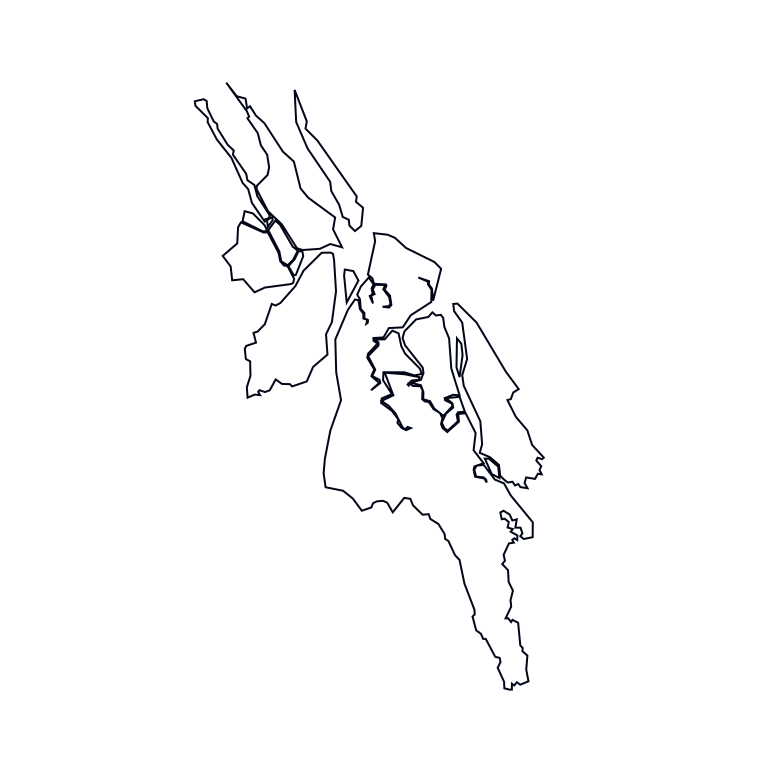 Sittwe, Rakhine, Myanmar, rotated 172°
{"feature_id": "60261553B78069071602625", "entity_name": "Sittwe", "entity_type": "district", "adm_level": 2, "iso_a3": "MMR", "parent_name": "Myanmar", "parent_adm1": "Rakhine", "projection": "robinson", "projection_center": [92.892, 20.402], "detail": "fine", "context": "isolated", "style": "outline", "palette": "ink", "viewbox_px": 768, "rotation_deg": 172, "n_neighbors": 0, "source": "geoboundaries", "source_scale": "gbopen_adm2", "svg_char_len": 6166}
<svg xmlns="http://www.w3.org/2000/svg" viewBox="0 0 768 768"><g transform="rotate(172 384 384)"><path d="M258.1,211.6L255.9,226.3L274.0,256.0L279.0,268.9L287.5,273.9L296.5,290.0L303.4,290.3L306.5,286.8L305.7,279.4L298.4,277.7L296.2,275.2L296.0,272.1L297.7,276.4L306.7,279.6L307.2,286.7L305.9,289.8L296.4,291.7L304.5,305.9L300.1,322.7L307.2,343.6L314.7,344.1L315.0,336.3L328.0,327.6L332.0,332.1L333.1,336.4L330.9,341.8L332.6,347.4L338.4,352.2L342.1,359.9L346.2,361.2L348.3,363.7L346.7,372.5L348.2,376.7L355.8,378.1L358.8,381.2L359.8,379.0L360.7,380.2L356.0,383.6L349.0,383.3L347.9,385.8L362.0,390.7L381.7,395.1L376.3,371.5L388.8,367.6L382.3,361.7L376.7,353.2L371.6,338.5L369.2,336.1L366.7,338.2L363.6,336.6L368.6,335.2L372.7,338.1L376.1,343.6L374.8,347.1L379.9,356.3L389.5,365.6L388.3,370.0L377.6,373.0L384.4,387.9L382.9,395.7L362.3,392.8L352.5,388.2L345.3,388.7L346.3,394.2L358.9,411.1L361.6,418.9L362.5,432.1L368.3,435.7L377.1,428.1L386.9,429.4L383.7,426.0L384.1,422.8L395.8,413.8L390.7,399.4L394.6,393.5L387.8,388.7L387.5,385.5L397.7,379.6L388.6,385.8L395.4,393.5L391.6,399.8L396.9,412.3L395.7,416.1L384.8,424.9L388.4,428.3L388.0,431.0L378.0,430.2L371.4,438.7L357.5,437.5L348.0,448.3L325.8,458.6L323.8,470.8L326.6,476.6L326.2,479.2L335.2,484.7L325.0,479.5L325.8,476.5L323.2,471.8L323.8,459.6L311.4,490.1L317.0,497.7L343.2,515.6L352.8,527.2L359.6,531.3L373.1,534.8L372.9,526.7L384.7,494.6L380.8,490.3L379.9,484.6L368.2,482.3L367.9,480.9L370.3,477.2L365.8,470.8L365.7,461.2L368.4,459.0L374.7,460.7L368.1,460.4L366.4,462.8L366.8,469.4L371.5,478.0L368.9,481.9L378.8,483.4L381.9,479.3L380.8,474.3L384.4,473.3L383.7,465.3L385.9,473.1L382.7,474.5L383.0,480.2L380.5,484.2L384.2,491.6L393.3,483.8L398.1,476.2L396.0,471.2L396.6,461.6L393.5,457.0L394.4,452.0L390.9,449.5L391.6,446.9L393.1,446.1L391.6,449.8L395.3,451.7L394.7,456.6L397.4,461.5L397.6,470.6L401.0,471.7L409.4,462.5L426.0,434.9L429.7,402.3L428.8,373.9L443.6,345.4L452.9,318.4L456.2,304.0L456.2,289.9L439.4,284.0L430.8,274.9L423.6,261.6L413.7,263.5L411.4,267.5L407.3,268.8L401.1,268.4L397.3,266.0L393.2,255.7L379.8,268.4L373.9,266.6L372.1,259.7L364.0,249.2L357.9,248.9L356.9,243.9L349.6,237.8L344.9,227.0L345.0,222.1L342.1,219.6L337.5,204.6L333.7,199.3L332.1,175.0L325.8,147.7L326.3,143.1L328.7,141.4L327.0,127.2L322.7,123.0L321.3,117.8L318.7,117.4L311.8,98.3L307.6,96.7L307.3,92.5L310.9,87.2L306.5,72.3L307.2,65.9L302.3,63.9L299.9,63.6L299.0,69.4L296.9,67.4L294.0,70.2L290.9,67.3L282.3,69.5L282.9,81.3L279.8,95.1L284.1,100.1L283.4,103.2L285.4,106.2L284.4,128.9L289.6,132.5L291.3,130.6L293.6,134.7L296.2,135.0L289.0,145.9L288.8,152.3L285.1,161.4L288.1,170.6L287.1,182.4L292.0,189.2L288.8,192.2L289.3,198.2L282.4,208.8L277.5,208.8L278.7,211.7L276.4,213.1L273.8,210.9L273.0,215.5L279.1,220.1L276.7,222.4L281.6,224.7L279.6,229.9L283.2,233.8L286.2,233.7L286.7,240.6L283.2,241.8L277.7,237.2L275.9,231.0L271.4,231.5L273.9,223.5L268.8,222.7L267.7,216.8L270.2,214.4L267.3,211.1L258.1,211.6ZM475.3,394.4L460.1,397.3L451.8,410.8L435.9,421.0L434.5,441.3L427.0,452.5L418.6,482.5L416.2,513.6L416.4,520.0L418.7,521.6L427.5,522.6L447.9,507.4L458.2,493.2L475.4,478.6L480.4,476.8L484.0,478.9L493.7,459.8L501.9,453.5L506.1,452.8L505.0,442.8L515.1,440.9L517.0,438.1L517.3,427.9L513.4,425.1L515.1,410.7L520.3,399.8L521.0,389.4L513.5,391.5L508.3,390.2L509.7,393.7L508.1,395.2L503.0,392.6L498.1,393.6L490.6,403.6L485.1,398.3L477.1,396.9L475.3,394.4ZM258.0,333.1L264.0,350.9L260.5,351.4L257.2,357.6L251.3,360.2L261.6,379.2L283.8,432.0L300.1,453.4L304.3,453.6L304.4,446.3L298.0,434.0L298.2,397.2L305.3,381.9L305.3,371.2L293.8,333.7L295.2,310.7L298.8,302.5L289.3,296.8L281.4,287.8L281.7,276.9L277.7,271.8L275.0,269.2L270.3,269.3L268.4,265.3L265.0,266.3L263.2,262.9L256.4,260.8L258.6,266.3L256.2,271.7L247.7,269.0L244.1,273.7L240.4,272.6L242.0,277.2L239.7,280.6L243.8,287.0L242.2,289.6L237.9,287.6L236.0,288.9L245.8,303.0L248.5,318.1L258.0,333.1ZM417.7,530.1L406.5,525.2L412.9,544.3L409.2,555.7L433.1,579.0L439.4,589.2L442.3,616.8L451.8,628.2L466.2,659.0L473.5,667.7L478.0,677.7L481.2,676.0L481.4,685.9L489.8,689.5L498.3,704.4L481.8,673.1L480.3,667.5L482.3,666.2L474.1,650.0L472.7,637.4L467.8,627.4L467.6,614.5L470.2,607.2L482.3,598.0L483.1,594.8L474.8,571.2L463.0,556.4L451.3,530.6L446.0,528.0L428.7,526.8L417.7,530.1ZM347.3,363.4L340.8,360.6L337.7,352.8L329.6,344.2L319.3,352.6L319.7,355.3L325.7,359.4L325.9,361.5L317.1,363.7L310.7,362.2L315.2,390.0L313.2,420.2L316.3,432.2L316.2,441.2L318.1,444.6L323.0,444.6L326.1,448.2L330.8,444.2L343.2,443.5L356.4,433.3L359.2,426.9L357.7,419.3L343.4,394.9L343.4,389.3L346.8,383.0L357.4,381.5L347.7,377.7L346.1,370.6L347.3,363.4ZM508.9,507.4L499.4,492.8L488.5,496.1L462.5,495.9L460.0,496.6L458.3,500.5L463.0,513.9L466.7,515.4L469.7,520.2L470.1,528.4L478.0,550.3L482.2,550.8L503.2,564.0L506.7,559.5L509.8,543.6L525.9,533.3L519.5,521.8L519.9,507.8L508.9,507.4ZM391.5,539.5L384.5,543.7L380.2,561.4L386.4,568.3L384.9,573.5L416.1,634.4L426.2,647.8L423.9,654.8L431.6,687.7L434.5,655.6L426.9,627.9L409.2,591.8L409.3,582.2L403.5,567.8L401.6,555.2L396.0,551.5L396.2,545.7L391.5,539.5ZM489.6,581.8L479.2,560.7L479.3,563.5L475.0,564.2L473.6,566.7L483.3,587.6L484.7,599.2L490.9,604.8L491.2,611.3L501.7,632.1L500.3,636.2L505.5,642.6L513.2,660.0L513.1,664.8L516.1,667.7L520.6,681.7L520.2,688.9L522.9,691.1L532.0,690.3L532.0,685.7L521.4,671.8L522.2,667.9L515.5,649.4L503.6,629.1L496.0,602.8L491.4,595.9L489.6,581.8ZM468.9,560.9L477.2,552.4L469.2,529.8L468.7,519.8L462.9,515.0L456.7,519.6L450.8,528.1L455.2,532.6L464.9,556.3L468.9,560.9ZM326.5,346.2L332.1,337.9L330.4,331.6L327.2,329.1L316.0,336.8L316.3,343.7L314.5,345.7L307.8,345.3L310.9,360.7L324.6,361.4L318.9,355.3L318.7,351.1L326.5,346.2ZM406.9,502.8L408.4,497.1L409.6,469.9L394.9,490.0L398.7,500.1L406.9,502.8ZM497.9,574.5L501.4,564.8L482.9,552.1L478.2,551.6L480.1,557.8L490.1,571.2L497.9,574.5ZM305.4,419.0L309.9,390.4L308.2,380.3L302.2,401.5L301.8,413.2L305.4,419.0ZM450.3,527.3L455.0,520.1L462.2,514.1L458.2,504.1L456.1,504.3L446.2,521.8L446.4,526.8L450.3,527.3ZM294.5,296.1L289.9,279.9L282.8,274.8L282.4,286.3L290.5,295.4L294.5,296.1ZM471.6,564.9L477.1,562.4L477.1,555.7L471.4,561.8L471.6,564.9Z" fill="none" stroke="#020617" stroke-width="2"/></g></svg>